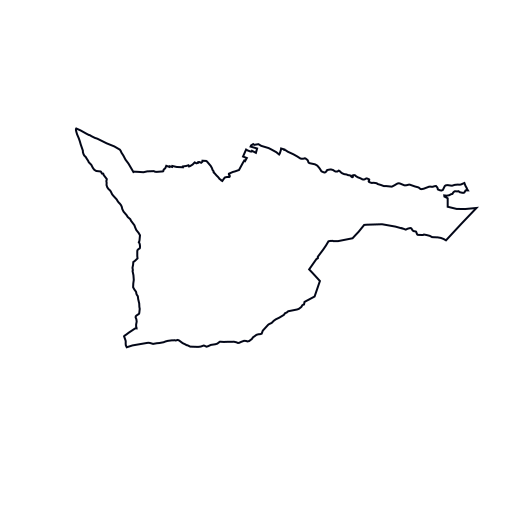 the district of Vicovu De Jos, Suceava, Romania, rotated 13°
{"feature_id": "2599482B64673798461441", "entity_name": "Vicovu De Jos", "entity_type": "district", "adm_level": 2, "iso_a3": "ROU", "parent_name": "Romania", "parent_adm1": "Suceava", "projection": "robinson", "projection_center": [25.712, 47.878], "detail": "fine", "context": "isolated", "style": "outline", "palette": "ink", "viewbox_px": 512, "rotation_deg": 13, "n_neighbors": 0, "source": "geoboundaries", "source_scale": "gbopen_adm2", "svg_char_len": 6117}
<svg xmlns="http://www.w3.org/2000/svg" viewBox="0 0 512 512"><g transform="rotate(13 256 256)"><path d="M448.9,178.3L460.0,159.6L449.2,163.2L440.9,165.0L431.7,164.9L429.8,156.7L428.7,156.3L426.2,155.7L425.8,154.6L428.4,154.3L430.6,153.3L432.2,151.9L433.4,151.3L433.8,150.0L434.2,149.2L435.0,148.3L435.5,148.1L437.6,147.8L438.4,147.4L438.7,147.3L440.2,148.0L442.8,148.0L443.9,147.8L444.7,147.3L445.5,144.9L447.7,144.4L446.5,143.2L446.2,142.6L444.3,140.5L442.6,138.0L439.5,140.3L438.4,140.7L436.2,141.1L435.4,141.4L433.6,142.0L431.4,143.3L430.7,143.5L427.0,143.8L426.2,144.0L425.0,144.5L424.5,145.0L424.2,145.4L423.2,149.6L422.0,150.5L420.7,150.6L418.4,150.3L418.0,149.9L417.9,149.4L417.2,148.4L415.6,147.3L413.9,148.0L413.0,148.6L412.0,149.0L410.2,149.2L409.1,149.5L404.3,152.7L402.3,153.6L401.2,153.7L400.7,153.5L399.4,152.8L398.4,152.6L395.2,152.5L389.8,151.9L389.1,152.0L386.7,153.2L385.2,153.7L384.3,153.7L380.1,153.0L379.0,153.0L378.5,153.1L377.5,153.6L376.4,154.6L375.3,155.7L373.1,157.6L372.6,157.9L367.0,158.6L365.9,158.9L364.7,159.1L361.7,158.7L358.2,158.5L357.4,158.0L356.4,158.0L354.1,158.2L352.3,158.8L350.3,158.6L349.3,158.3L349.0,157.9L348.9,157.7L349.2,157.2L349.1,156.0L348.7,155.8L346.8,155.5L346.0,155.6L344.6,156.9L343.6,157.3L342.4,157.4L341.6,157.1L339.8,156.7L337.5,156.4L335.3,155.7L334.8,155.3L334.3,155.1L333.4,155.1L332.7,155.4L332.0,155.8L332.6,157.0L332.5,157.3L332.0,157.6L331.0,157.2L330.2,156.6L329.5,156.3L327.5,156.5L325.9,156.2L323.5,156.4L321.3,156.0L320.1,155.5L318.5,154.5L317.6,154.2L317.3,154.2L316.6,155.1L316.2,155.4L314.6,155.8L313.5,155.6L311.8,154.9L309.5,154.8L308.1,155.3L306.1,156.2L305.7,156.7L305.7,157.3L305.5,157.7L305.0,158.5L304.6,158.9L304.2,159.2L302.9,159.2L300.9,158.8L300.3,158.4L299.6,157.6L297.9,156.0L295.6,154.3L294.7,153.9L292.7,153.4L287.3,153.5L286.3,153.2L285.7,152.5L285.4,151.8L284.6,150.9L282.7,150.0L282.1,149.8L281.3,149.9L280.9,150.3L280.0,150.6L278.3,151.0L277.3,151.0L274.0,149.8L269.6,148.5L263.4,147.2L261.1,146.3L259.6,146.2L259.6,145.8L256.3,145.6L256.4,147.1L256.1,150.8L255.7,151.9L252.5,150.3L247.2,148.8L244.0,148.0L236.3,147.5L233.2,146.5L229.3,148.1L228.1,147.6L226.3,149.4L226.1,150.6L232.9,151.0L232.7,155.5L228.4,154.4L228.2,155.2L227.8,155.3L226.8,155.4L223.9,155.0L222.4,154.5L221.0,162.0L225.0,162.6L224.0,166.0L223.1,165.6L222.2,168.4L220.1,176.0L216.5,178.3L214.6,179.3L211.1,181.9L211.3,182.9L211.5,183.1L212.1,183.3L212.3,183.7L212.5,184.1L212.4,184.8L212.1,185.1L210.9,185.3L209.3,185.8L207.9,186.6L206.9,188.9L206.3,190.5L205.0,190.1L204.7,189.7L203.1,189.1L202.6,188.6L201.2,187.5L199.5,186.5L196.5,184.3L196.2,184.3L195.8,183.9L195.7,183.1L194.1,181.7L193.5,180.5L191.6,178.4L186.9,174.9L186.0,174.6L182.4,175.2L182.5,176.3L181.6,177.5L179.8,177.2L178.6,177.5L178.7,178.2L177.1,179.1L175.2,178.6L173.7,181.1L171.7,183.1L170.6,183.8L169.8,182.8L167.7,184.0L164.6,185.2L164.8,186.0L158.6,187.1L154.2,187.1L154.2,188.1L151.6,188.0L151.6,188.7L148.3,188.3L147.9,190.6L147.7,191.1L146.8,192.3L146.6,192.7L146.6,194.0L146.4,194.4L146.0,194.6L140.2,196.4L138.7,196.6L137.3,196.3L131.0,198.0L127.5,199.7L122.4,200.5L118.5,201.2L117.7,201.8L110.9,194.6L107.2,191.5L104.1,187.9L101.6,185.5L100.6,184.1L99.4,183.0L93.3,181.1L85.1,179.8L75.5,177.5L74.3,177.3L72.6,177.2L68.8,176.3L66.7,175.6L66.0,175.7L63.3,175.0L56.8,173.1L52.2,172.2L52.0,172.8L52.3,174.0L53.0,175.4L54.3,177.7L56.8,181.1L58.5,183.8L60.1,186.7L63.6,192.3L64.0,193.8L65.0,195.5L66.0,196.7L68.3,198.2L68.5,198.6L71.0,201.0L72.0,202.3L75.0,204.2L77.1,206.7L78.1,207.6L79.1,208.4L81.2,209.1L85.6,208.6L86.2,209.0L87.3,210.3L87.8,210.3L88.5,210.1L88.9,210.5L89.4,211.4L93.3,214.6L93.4,215.6L93.3,216.6L94.0,218.3L94.4,220.5L95.7,222.6L97.3,224.0L98.8,224.8L99.9,225.7L102.0,228.3L103.7,229.6L107.5,232.2L108.8,233.6L110.2,234.8L111.4,235.5L113.0,236.8L114.1,238.2L115.2,240.4L117.0,242.6L120.7,245.3L122.3,246.9L125.2,248.4L126.3,249.8L130.6,253.4L131.8,255.3L133.5,257.6L136.4,259.9L138.3,261.9L138.9,266.5L139.0,267.7L138.7,269.0L139.5,269.7L140.1,270.7L140.7,272.3L141.0,273.6L141.0,274.7L139.8,275.9L139.2,277.0L139.2,277.8L140.3,282.7L141.1,285.0L139.1,288.0L137.8,289.5L138.2,292.0L138.3,295.3L139.2,297.5L139.1,298.4L140.9,302.3L142.3,306.8L142.6,310.3L143.3,314.1L145.0,316.0L147.0,317.7L147.4,318.3L147.9,319.6L148.5,320.5L149.9,321.8L150.9,324.5L152.9,328.6L153.8,331.8L154.6,333.7L155.1,337.9L154.9,338.8L153.0,340.8L152.4,341.8L152.5,342.9L153.7,344.6L154.5,346.8L154.6,349.7L155.1,351.8L155.6,352.5L155.9,353.4L155.0,353.5L154.3,354.0L149.2,359.4L147.3,361.7L145.8,363.3L145.5,363.9L147.8,367.5L148.2,368.3L148.8,371.0L149.3,372.4L150.6,374.0L155.8,370.9L169.9,365.0L171.1,364.7L172.3,364.6L175.5,364.8L179.0,363.3L181.5,362.5L185.4,360.8L187.1,359.6L189.0,358.6L192.7,357.2L194.7,356.7L195.4,356.4L196.8,356.4L198.6,355.4L200.0,355.6L204.1,357.4L207.3,358.1L208.3,358.5L209.3,358.4L212.3,359.1L220.0,357.6L222.5,356.7L225.2,355.0L225.8,355.0L228.2,355.5L229.7,354.6L232.0,352.8L236.3,351.1L238.0,350.1L239.9,347.8L240.2,347.6L243.9,347.0L247.6,346.0L253.9,344.5L256.3,344.5L258.0,344.8L259.1,344.4L261.0,342.9L263.5,341.3L265.6,341.0L266.8,341.2L268.5,340.4L269.6,339.0L270.5,338.0L271.5,335.7L272.4,334.8L274.2,332.7L276.0,331.7L277.7,331.2L279.0,330.4L279.4,327.2L283.3,320.3L284.0,319.5L286.3,317.7L287.9,315.1L289.5,313.3L292.6,310.8L295.8,307.7L296.6,306.8L297.0,305.4L298.7,304.1L299.8,302.6L308.0,298.9L309.6,297.9L311.6,295.5L312.2,293.6L313.1,292.7L313.7,292.4L313.6,289.8L322.2,282.3L323.9,266.0L314.6,259.6L310.8,257.1L315.0,246.7L315.7,245.1L316.4,244.7L316.8,244.1L316.4,242.8L320.0,234.7L321.8,230.1L323.3,225.4L325.0,224.6L327.4,224.0L328.0,224.1L332.5,223.1L346.1,217.0L348.2,213.3L350.5,209.4L354.4,201.4L356.5,200.7L371.7,196.7L385.2,196.0L392.1,196.3L392.1,196.1L396.0,196.6L397.6,195.3L399.3,194.4L400.2,194.0L400.7,194.0L401.3,194.3L402.7,195.7L403.8,196.3L405.4,196.2L406.3,196.2L406.6,196.4L407.9,198.4L408.5,198.9L409.0,199.0L413.5,198.1L414.3,197.8L414.8,197.3L417.8,197.2L420.9,197.3L423.3,198.0L427.7,197.2L428.5,197.0L432.0,196.8L434.9,197.2L437.6,198.0L448.9,178.3Z" fill="none" stroke="#020617" stroke-width="2"/></g></svg>